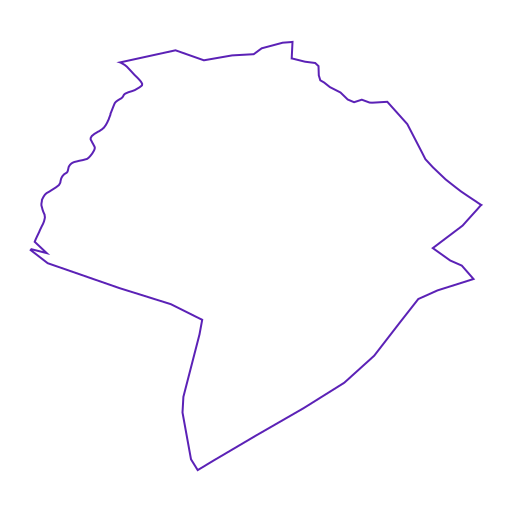 outline of An Nabk, Rif Dimashq, Syria
{"feature_id": "27442178B81131748986773", "entity_name": "An Nabk", "entity_type": "district", "adm_level": 2, "iso_a3": "SYR", "parent_name": "Syria", "parent_adm1": "Rif Dimashq", "projection": "albers", "projection_center": [36.664, 34.043], "detail": "fine", "context": "isolated", "style": "outline", "palette": "violet", "viewbox_px": 512, "rotation_deg": 0, "n_neighbors": 0, "source": "geoboundaries", "source_scale": "gbopen_adm2", "svg_char_len": 2811}
<svg xmlns="http://www.w3.org/2000/svg" viewBox="0 0 512 512"><path d="M473.5,279.0L461.8,265.6L450.2,260.5L445.0,256.8L432.8,248.1L462.6,225.6L470.5,216.8L477.3,209.3L478.6,207.8L480.5,205.6L480.8,205.4L481.3,205.0L480.9,204.8L480.8,204.7L477.6,202.6L475.9,201.4L473.6,199.9L467.3,195.7L461.1,191.5L455.9,187.5L450.8,183.5L445.6,179.4L439.2,173.3L432.9,167.3L429.2,163.3L425.4,159.2L422.1,152.7L407.3,124.1L387.3,101.8L372.3,102.7L369.9,102.6L369.4,102.5L361.8,99.7L354.1,102.2L351.9,101.3L347.7,99.5L344.1,96.0L340.5,92.5L335.2,89.8L329.9,87.1L324.1,82.5L320.3,80.3L318.8,75.4L318.5,66.1L315.2,63.0L305.0,61.7L294.2,59.0L291.8,58.4L291.7,58.4L292.5,41.9L290.7,42.1L282.7,42.7L261.7,48.3L253.7,54.2L232.1,55.4L203.9,60.3L175.5,50.3L120.1,62.4L120.4,62.5L122.8,63.8L124.8,65.0L126.9,66.7L131.2,71.3L133.4,73.7L134.7,75.1L137.5,77.8L139.1,79.5L140.5,81.1L141.1,81.9L141.1,82.0L141.7,82.9L142.2,84.0L142.1,84.4L142.0,85.3L141.3,86.0L140.6,86.5L139.7,87.2L139.4,87.4L138.9,87.7L134.8,90.1L132.1,91.1L128.5,92.2L125.3,93.6L124.5,94.2L123.9,94.8L123.3,95.9L122.8,96.8L122.2,97.5L121.3,98.3L120.8,98.6L119.7,99.2L117.6,100.5L116.4,101.4L115.7,102.0L114.8,103.1L114.3,104.2L113.2,106.9L111.0,112.5L110.5,113.7L110.4,114.7L109.3,117.6L109.0,118.3L108.9,118.8L108.8,119.1L108.1,120.6L107.8,121.1L107.7,121.5L106.9,123.1L105.7,125.2L104.0,127.5L103.9,127.7L103.2,128.2L102.8,128.6L101.9,129.4L100.6,130.2L99.4,131.1L99.0,131.3L98.4,131.5L96.1,132.9L94.4,133.9L93.3,134.8L92.7,135.3L92.3,135.6L91.9,135.9L91.8,136.1L91.5,136.5L91.3,136.9L90.7,138.0L90.7,138.3L90.6,139.2L91.0,140.2L91.4,140.8L92.4,142.8L92.9,143.6L94.1,145.9L94.3,146.2L94.3,146.3L94.4,146.5L94.5,146.6L94.8,147.7L94.7,148.6L94.4,149.6L93.9,150.7L93.3,151.7L92.3,153.4L91.7,154.2L91.5,154.5L91.3,154.7L90.2,156.1L89.6,156.7L89.0,157.4L88.0,158.2L87.8,158.4L87.1,158.9L85.7,159.3L85.2,159.4L83.9,159.8L83.4,159.9L82.8,160.1L80.1,160.6L78.8,160.9L78.7,160.9L77.3,161.3L74.3,162.0L72.7,162.7L71.5,163.4L70.0,164.8L69.4,165.8L68.9,166.4L68.5,167.7L68.3,168.7L67.8,170.8L67.4,171.8L66.8,172.6L65.2,173.6L64.2,174.2L63.2,175.3L62.4,176.2L61.5,177.8L61.0,179.1L60.5,181.3L60.3,182.6L59.8,183.6L59.3,184.4L58.9,185.1L55.9,187.4L51.0,190.5L49.5,191.5L46.6,193.1L45.4,194.2L44.9,194.7L43.6,196.6L42.5,198.7L41.9,200.0L41.9,200.9L41.4,203.8L41.4,205.3L41.6,206.1L42.1,207.9L42.5,209.5L43.3,211.8L44.6,214.8L44.7,216.0L44.9,217.1L44.9,217.4L44.6,219.0L44.0,221.4L43.0,223.9L41.8,226.2L39.8,230.4L39.3,231.7L36.9,236.7L35.7,239.3L34.7,241.8L46.7,253.1L31.4,249.2L30.7,250.1L47.7,263.2L119.1,288.0L170.9,304.2L175.7,306.6L195.9,316.7L202.2,319.8L199.5,334.4L183.4,396.8L182.5,412.5L191.0,459.3L197.7,470.1L213.8,460.4L255.9,435.6L303.7,408.1L344.3,382.7L374.2,355.7L400.1,322.2L418.3,299.0L437.5,290.4L473.5,279.0Z" fill="none" stroke="#5b21b6" stroke-width="2"/></svg>